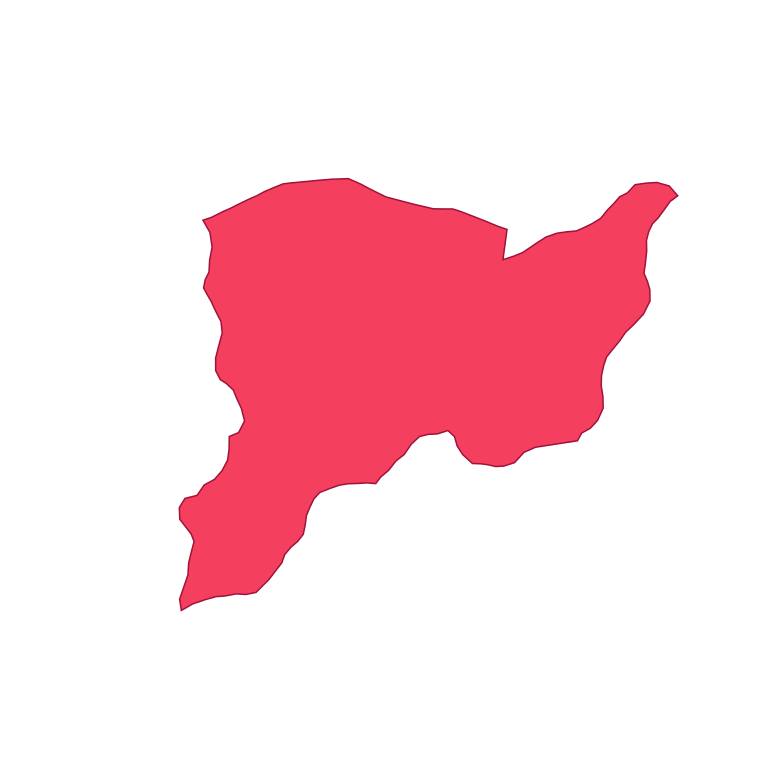 Oliveira de Fátima, Tocantins, Brazil (Natural Earth projection), rotated 199°
{"feature_id": "56859067B48116477141254", "entity_name": "Oliveira de Fátima", "entity_type": "district", "adm_level": 2, "iso_a3": "BRA", "parent_name": "Brazil", "parent_adm1": "Tocantins", "projection": "natural_earth1", "projection_center": [-48.878, -10.662], "detail": "fine", "context": "isolated", "style": "filled", "palette": "rose", "viewbox_px": 768, "rotation_deg": 199, "n_neighbors": 0, "source": "geoboundaries", "source_scale": "gbopen_adm2", "svg_char_len": 2151}
<svg xmlns="http://www.w3.org/2000/svg" viewBox="0 0 768 768"><g transform="rotate(199 384 384)"><path d="M167.5,657.6L178.8,664.1L191.6,663.4L201.5,659.3L211.5,654.2L216.1,643.9L222.1,637.8L225.5,629.4L229.3,621.5L233.1,611.1L239.6,603.2L245.4,597.4L251.9,591.4L261.0,587.3L269.7,582.8L278.6,575.8L285.1,567.6L290.7,560.1L295.7,553.4L303.2,546.9L312.0,540.3L318.0,570.2L328.0,570.2L340.6,571.0L354.8,571.6L369.1,572.1L376.0,571.9L383.5,569.3L394.5,565.7L402.3,564.9L414.0,563.7L432.4,562.3L442.7,561.5L453.2,562.8L462.2,564.0L470.6,565.4L484.5,566.6L500.2,560.6L511.5,555.6L524.5,549.7L537.5,543.8L544.7,540.3L553.5,532.6L559.6,527.1L565.6,520.6L573.1,513.6L581.0,505.7L586.1,500.4L591.9,495.1L601.3,485.5L608.5,479.9L597.9,470.6L591.1,457.5L589.2,444.3L585.9,432.8L587.0,424.5L585.9,416.1L580.1,410.8L574.5,406.0L567.4,398.6L558.4,389.9L553.6,379.6L552.7,366.1L551.6,353.5L547.5,341.8L540.2,334.8L533.1,333.1L524.5,329.2L518.0,321.8L511.0,314.6L503.8,303.7L505.7,290.7L513.2,284.0L509.3,272.0L507.1,261.3L508.9,249.3L513.2,238.7L521.1,230.0L524.5,217.8L534.9,211.1L537.3,200.5L533.1,189.6L523.6,183.4L517.6,179.5L512.3,173.3L511.6,163.6L510.5,151.5L507.2,139.5L507.2,127.2L507.2,114.0L501.9,103.9L493.5,113.6L483.1,121.7L473.7,128.2L465.3,131.8L455.5,137.4L446.1,140.0L437.1,145.3L433.3,153.2L429.2,161.5L425.8,171.6L422.4,181.7L422.3,190.5L418.9,199.3L414.3,207.2L411.4,215.6L412.6,225.2L414.5,234.4L414.0,243.1L412.9,252.4L409.5,260.4L402.0,266.9L393.6,273.6L385.7,277.9L376.7,281.3L368.1,284.9L359.4,287.1L356.8,295.0L351.5,303.9L347.6,315.1L341.9,324.0L338.7,335.8L333.3,345.9L325.9,350.7L317.1,354.3L308.4,360.8L300.2,357.2L294.5,349.0L286.6,342.9L274.5,337.6L266.3,340.1L259.4,341.5L251.6,342.3L244.0,345.4L235.0,352.1L229.3,365.1L220.2,373.5L182.6,393.3L181.1,402.0L174.6,409.2L170.2,419.1L168.9,432.5L172.9,443.4L178.0,453.0L181.1,462.8L182.3,473.2L182.3,482.1L179.2,490.8L175.1,501.8L172.5,511.3L167.2,521.6L161.4,534.6L159.5,549.1L163.4,559.8L168.3,566.8L174.2,573.3L176.1,583.0L178.9,595.2L182.6,605.3L183.3,614.5L182.3,622.9L178.8,630.4L175.5,641.0L172.9,649.7L167.5,657.6Z" fill="#f43f5e" stroke="#9f1239" stroke-width="1.5"/></g></svg>